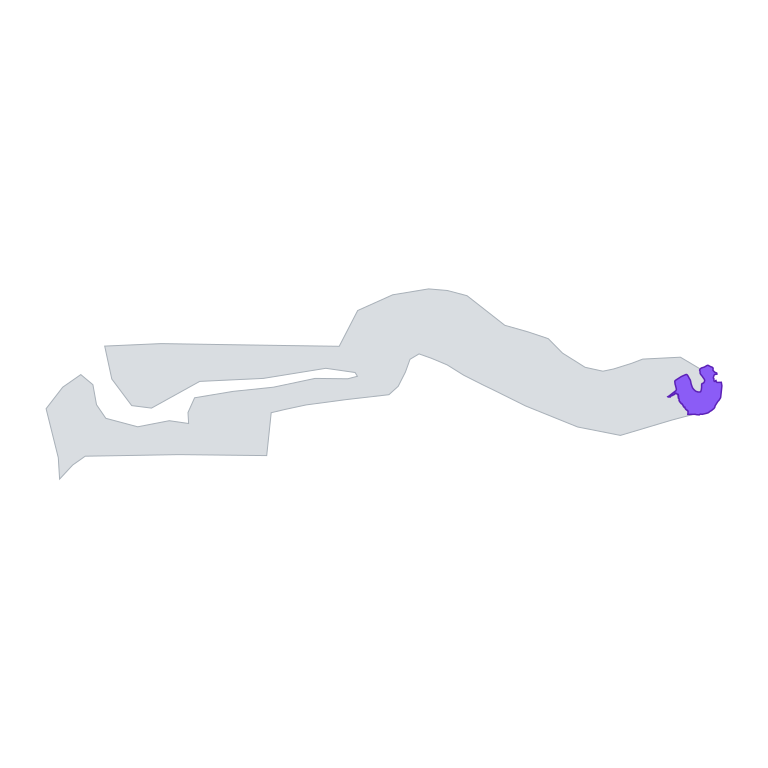 Kantora, Upper River, Gambia (highlighted)
{"feature_id": "56634734B33233148834926", "entity_name": "Kantora", "entity_type": "district", "adm_level": 2, "iso_a3": "GMB", "parent_name": "Gambia", "parent_adm1": "Upper River", "projection": "robinson", "projection_center": [-13.936, 13.414], "detail": "fine", "context": "in_parent", "style": "filled", "palette": "violet", "viewbox_px": 768, "rotation_deg": 0, "n_neighbors": 0, "source": "geoboundaries", "source_scale": "gbopen_adm2", "svg_char_len": 4601}
<svg xmlns="http://www.w3.org/2000/svg" viewBox="0 0 768 768"><path d="M104.7,346.1L161.2,343.6L229.6,344.7L304.1,345.8L339.2,346.3L357.7,310.5L392.7,294.8L428.6,288.9L447.3,290.5L467.0,295.7L504.8,325.3L528.4,332.0L548.3,338.7L562.5,353.1L585.1,367.3L602.9,371.2L613.5,369.0L631.1,363.5L642.7,359.1L680.4,357.2L708.2,373.7L714.0,391.7L709.4,410.1L672.1,420.0L620.4,435.4L577.7,427.0L525.7,406.0L495.3,390.9L482.7,384.8L463.7,375.2L447.2,364.9L431.2,358.2L419.0,353.9L410.0,359.3L405.4,372.1L398.2,386.3L388.9,394.7L345.3,399.7L306.2,404.9L285.2,409.4L271.2,412.7L266.7,455.6L222.4,455.1L178.9,454.6L133.7,455.4L85.2,456.2L72.7,465.0L59.6,479.1L58.3,457.7L46.1,408.7L62.7,387.2L80.8,374.6L92.9,384.7L96.5,404.7L105.8,418.3L137.7,426.8L169.3,420.7L188.6,423.5L188.0,412.5L194.6,397.8L232.9,391.4L273.4,387.2L315.1,378.4L347.7,378.8L357.4,376.3L355.1,372.5L325.8,368.3L263.3,378.4L199.7,381.4L151.5,408.1L131.7,405.6L111.8,379.0L104.7,346.1Z" fill="#d9dde1" stroke="#a8b0b8" stroke-width="1"/><path d="M687.8,414.4L689.2,414.4L695.4,414.3L696.0,414.6L699.2,414.9L700.3,414.1L702.3,414.3L706.6,413.3L708.4,412.7L710.1,411.3L710.2,411.2L710.5,411.1L711.1,410.8L712.2,410.0L712.9,409.3L713.6,408.9L714.7,407.5L714.9,406.7L715.1,405.9L715.2,405.7L715.3,405.5L717.9,401.4L719.0,400.3L720.6,397.7L720.8,396.2L721.1,393.4L721.9,385.8L721.3,382.3L718.1,382.4L717.0,382.4L716.2,381.5L716.0,380.5L715.6,380.6L715.1,381.4L714.3,381.4L713.9,380.3L713.9,380.1L713.9,378.7L713.4,378.2L713.3,377.8L713.3,377.7L713.5,377.1L713.6,376.7L714.0,375.3L714.7,374.5L716.9,374.2L716.9,373.7L716.7,373.0L714.7,372.2L713.0,370.4L713.1,368.1L712.2,367.2L711.4,366.9L710.7,366.7L709.0,365.8L708.7,365.6L708.0,365.3L707.7,365.3L707.0,365.5L706.6,365.7L704.3,367.1L703.9,367.2L703.4,367.3L702.7,367.6L701.8,367.8L701.3,368.1L700.6,368.5L700.3,368.9L699.7,369.7L699.6,370.1L699.7,370.4L699.9,370.8L700.1,371.7L700.1,372.6L700.1,373.2L700.3,373.6L700.5,374.1L700.9,374.7L701.2,375.0L701.7,375.6L701.9,375.9L702.5,376.6L702.7,377.0L703.2,377.7L704.0,378.8L704.4,379.5L704.7,380.4L704.4,381.6L704.3,381.9L704.1,382.2L703.6,382.9L703.2,383.1L702.8,383.3L702.2,383.5L701.8,383.9L701.7,384.4L701.6,384.7L701.6,385.8L701.6,386.8L701.6,387.6L701.3,389.7L701.2,390.2L700.8,391.3L700.5,391.8L700.1,391.9L699.6,392.0L699.4,392.0L699.1,392.0L698.8,392.0L698.4,392.0L698.0,392.0L696.7,391.5L696.1,391.4L695.5,391.0L695.2,390.8L694.9,390.5L694.6,390.2L693.8,389.5L693.7,389.3L693.0,388.5L692.8,388.2L692.5,387.7L692.0,386.5L691.4,384.7L691.0,383.4L690.7,381.6L690.4,380.4L690.1,379.7L689.3,378.4L688.2,376.3L688.1,376.2L687.7,375.5L687.4,375.1L687.0,374.7L686.6,374.5L686.2,374.5L685.7,374.6L682.3,376.1L680.9,376.8L680.5,377.1L680.0,377.4L679.8,377.5L678.0,378.7L677.1,379.2L676.8,379.5L676.4,379.7L675.8,380.1L675.3,380.5L675.0,380.8L674.8,381.2L674.8,381.6L674.9,382.3L674.9,382.6L675.0,383.4L675.1,383.8L675.1,384.2L675.3,384.9L675.4,385.2L675.6,385.7L675.6,385.9L675.6,386.1L675.7,386.4L675.8,386.6L676.3,388.8L676.4,389.2L676.3,389.8L676.2,390.0L675.9,390.7L675.5,391.0L674.9,391.4L668.9,396.1L667.8,396.7L667.9,396.8L668.0,396.9L668.3,397.0L668.4,396.9L668.7,396.8L668.9,396.9L669.1,396.9L669.5,397.0L670.3,397.0L670.4,396.8L670.4,396.5L670.5,396.2L670.8,395.9L671.0,395.9L671.1,395.6L671.4,395.7L671.8,395.2L672.0,395.4L672.1,395.6L672.6,395.3L672.9,395.1L673.1,394.9L673.3,394.9L673.3,394.5L673.6,394.5L673.8,394.5L674.1,394.6L674.6,394.3L674.6,394.1L674.9,393.9L674.9,393.5L675.0,393.6L675.3,393.3L675.4,393.5L675.7,393.5L675.9,393.5L675.9,393.3L676.2,393.4L676.4,393.5L676.7,393.5L676.9,393.7L677.0,394.0L677.2,394.3L677.3,394.4L677.8,394.4L677.8,394.6L677.9,394.8L678.2,394.7L678.2,394.9L678.1,395.0L678.3,395.2L678.2,395.4L678.3,395.5L678.5,395.9L678.1,396.0L678.2,396.9L678.2,397.0L678.3,397.0L678.5,397.0L678.6,397.7L678.5,397.9L678.4,398.2L678.6,398.4L678.7,398.5L679.0,398.7L679.0,399.1L679.1,399.3L679.1,399.6L679.3,400.0L679.3,400.3L679.1,400.6L679.3,400.8L679.4,401.3L679.9,402.0L680.1,402.1L680.2,402.3L680.3,402.4L680.5,402.3L680.6,402.5L680.6,402.8L680.8,403.0L681.1,403.3L681.1,403.5L681.3,403.6L681.5,403.7L681.9,403.7L681.9,403.8L682.0,404.1L682.1,404.3L682.3,404.4L682.7,404.9L683.0,405.1L683.0,405.6L683.3,405.8L683.3,406.2L683.7,406.4L683.8,406.8L684.0,407.2L684.5,407.2L684.4,407.4L684.8,407.8L685.0,407.8L685.3,408.7L685.6,408.9L685.8,409.4L686.1,409.4L686.5,410.0L686.8,410.0L687.1,410.4L687.3,410.4L687.5,410.4L687.6,410.5L687.9,411.0L687.9,411.3L687.9,411.6L688.1,411.8L688.0,412.0L688.0,412.6L688.0,413.1L688.0,413.7L687.8,414.0L687.8,414.3L687.8,414.4Z" fill="#8b5cf6" stroke="#5b21b6" stroke-width="1.5"/></svg>